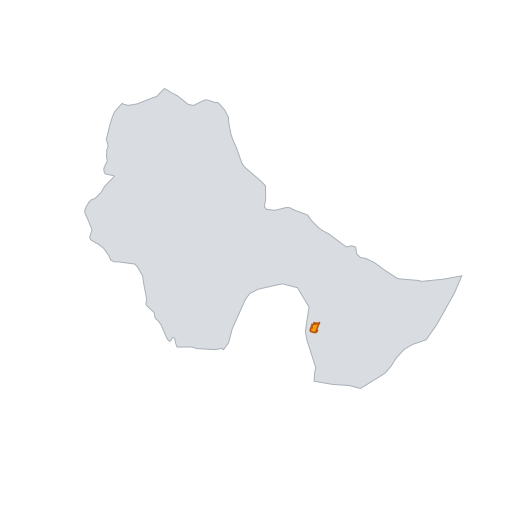 location of Ķūļciema pag., Talsi, Latvia, rotated 208°
{"feature_id": "27541924B13857395207606", "entity_name": "Ķūļciema pag.", "entity_type": "district", "adm_level": 2, "iso_a3": "LVA", "parent_name": "Latvia", "parent_adm1": "Talsi", "projection": "mercator", "projection_center": [23.02, 57.24], "detail": "fine", "context": "in_parent", "style": "filled", "palette": "amber", "viewbox_px": 512, "rotation_deg": 208, "n_neighbors": 0, "source": "geoboundaries", "source_scale": "gbopen_adm2", "svg_char_len": 3714}
<svg xmlns="http://www.w3.org/2000/svg" viewBox="0 0 512 512"><g transform="rotate(208 256 256)"><path d="M362.4,373.5L359.7,373.1L352.1,370.1L345.7,365.7L341.8,359.8L335.2,351.7L330.8,347.5L324.0,342.3L312.5,331.7L308.4,329.3L288.1,324.7L280.7,322.5L274.0,310.5L271.8,303.4L268.5,302.2L264.8,303.7L260.9,305.1L251.7,313.3L248.8,314.5L243.1,314.6L229.8,316.4L223.8,313.4L213.3,310.1L207.7,309.6L202.6,309.7L180.3,306.4L176.2,310.0L172.1,310.6L168.1,305.2L163.1,303.6L157.6,305.5L147.6,305.7L135.8,303.9L120.7,302.6L118.5,303.2L101.7,310.4L97.6,311.5L79.4,323.7L65.0,335.1L63.4,316.9L64.2,280.3L66.4,262.0L76.4,251.3L81.4,242.9L84.3,231.7L85.1,221.4L87.2,212.8L101.6,188.0L113.1,185.3L128.6,178.4L145.9,172.7L149.2,180.0L150.9,185.6L171.8,205.9L177.1,212.7L185.2,235.8L204.5,247.5L219.7,243.8L226.3,238.2L238.5,227.7L243.9,220.0L245.0,212.5L242.8,180.6L239.5,166.7L240.7,157.9L242.8,158.4L248.0,154.2L265.0,146.4L268.4,146.0L272.2,144.4L282.9,138.5L286.4,141.6L289.2,145.2L290.8,145.3L291.6,143.9L291.4,141.6L292.1,140.0L295.2,140.9L307.6,150.7L312.4,153.0L315.6,153.6L319.5,158.2L330.1,161.2L331.4,163.6L332.2,166.5L342.1,178.8L346.6,185.0L355.4,190.7L359.2,192.0L374.5,186.3L378.8,184.2L382.4,184.2L386.0,187.2L394.2,191.3L401.7,192.6L403.1,192.3L409.4,192.7L411.6,194.3L413.1,202.1L420.3,208.3L426.9,213.3L428.6,215.7L429.1,220.2L428.7,225.5L427.9,228.2L425.1,231.3L422.7,239.3L422.3,246.8L418.5,259.8L419.4,260.1L427.4,257.7L429.7,259.1L431.5,261.9L432.0,270.1L434.7,273.7L437.4,279.4L438.2,283.8L443.3,289.1L443.8,292.5L446.9,304.5L448.1,311.4L448.6,316.8L447.1,323.5L445.7,328.1L444.1,327.8L439.5,329.0L432.3,334.5L421.4,347.4L418.6,350.3L415.8,360.1L415.1,361.0L408.8,360.6L407.1,360.4L400.8,360.6L387.0,358.0L381.7,359.7L374.7,369.6L372.0,371.0L363.8,372.4L362.4,373.5Z" fill="#d9dde1" stroke="#a8b0b8" stroke-width="1"/><path d="M168.4,226.9L168.1,227.0L168.3,227.0L168.4,226.9L168.5,226.9L168.7,226.7L168.8,226.7L168.7,226.7L168.6,226.4L168.8,226.3L168.8,226.2L168.9,226.3L168.9,226.2L169.0,226.2L169.1,225.9L169.1,226.0L169.1,225.9L169.1,225.7L169.3,225.6L169.5,225.5L169.6,225.4L169.6,225.5L169.8,225.4L170.0,225.4L169.9,225.4L170.0,225.4L170.3,225.3L170.4,225.2L170.5,225.3L170.6,225.2L170.6,225.3L170.8,225.3L170.8,225.2L170.7,225.2L170.8,225.2L171.0,225.2L171.3,225.0L171.4,224.9L171.5,224.9L171.7,224.7L171.8,224.7L171.7,224.7L171.8,224.7L172.0,224.6L172.3,224.4L172.3,224.5L172.3,224.4L172.4,224.2L172.4,224.3L172.5,224.3L172.4,224.2L172.5,224.2L172.5,223.9L172.6,224.0L172.6,223.9L172.7,224.0L172.7,223.9L172.8,223.9L172.7,223.8L172.8,223.8L172.8,223.7L173.0,223.5L173.0,223.4L173.2,223.2L173.0,222.9L174.5,221.8L174.4,221.7L174.2,221.7L174.1,221.4L173.9,221.1L173.9,220.9L173.6,220.7L173.5,220.4L173.7,220.2L173.8,220.2L173.9,219.9L174.0,219.8L173.9,219.7L173.9,219.8L173.7,219.9L173.4,219.9L173.2,219.8L173.2,219.7L173.0,219.4L172.9,219.2L172.7,218.9L172.7,218.7L172.7,218.8L172.8,218.9L172.9,219.0L172.9,218.9L173.0,218.9L173.1,219.0L173.3,219.1L173.5,219.1L173.6,218.9L173.7,218.7L173.7,218.4L173.7,218.1L173.8,217.9L173.7,217.7L173.5,217.4L173.4,217.3L173.4,217.2L173.5,217.0L173.4,217.0L173.4,216.9L173.5,216.7L173.3,216.6L173.3,216.4L173.3,216.2L173.2,215.9L173.1,215.7L172.5,215.7L172.4,215.3L172.3,215.0L171.4,215.2L171.1,215.2L170.9,215.3L169.7,215.5L168.5,215.8L168.5,216.0L168.2,216.1L168.1,216.3L167.8,216.3L167.7,216.5L167.2,216.6L167.2,216.8L167.2,217.0L167.3,217.0L167.5,217.7L167.5,217.8L166.9,217.6L166.7,217.7L166.7,217.9L166.8,217.9L166.8,218.0L167.0,218.4L166.9,218.7L167.2,218.6L167.2,218.8L167.2,219.2L167.9,219.1L168.3,222.9L168.5,225.2L168.5,225.3L168.7,226.3L168.5,226.5L168.5,226.8L168.4,226.8L168.4,226.9Z" fill="#f59e0b" stroke="#b45309" stroke-width="1.5"/></g></svg>